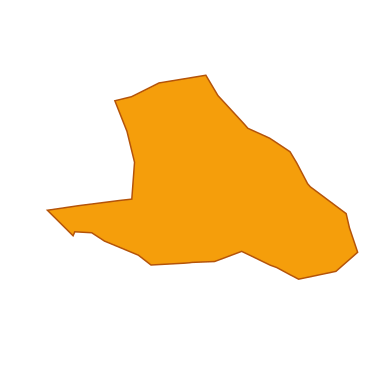 outline of Saintsagaan, Dundgovi, Mongolia, rotated 165°
{"feature_id": "93677404B78970568694360", "entity_name": "Saintsagaan", "entity_type": "district", "adm_level": 2, "iso_a3": "MNG", "parent_name": "Mongolia", "parent_adm1": "Dundgovi", "projection": "natural_earth1", "projection_center": [106.311, 45.756], "detail": "fine", "context": "isolated", "style": "filled", "palette": "amber", "viewbox_px": 384, "rotation_deg": 165, "n_neighbors": 0, "source": "geoboundaries", "source_scale": "gbopen_adm2", "svg_char_len": 625}
<svg xmlns="http://www.w3.org/2000/svg" viewBox="0 0 384 384"><g transform="rotate(165 192 192)"><path d="M48.7,131.2L76.4,166.4L78.2,170.1L83.3,192.8L86.9,205.5L103.1,223.9L121.6,239.1L123.9,243.9L142.0,278.4L148.4,301.2L195.6,305.9L225.8,299.7L242.9,300.1L239.1,267.3L239.8,235.6L252.0,200.7L264.4,202.6L304.7,208.1L336.4,211.8L318.2,180.5L315.5,183.9L299.4,178.6L289.2,167.2L260.2,144.9L250.5,132.1L217.7,125.2L212.7,124.3L210.2,124.0L188.2,119.0L159.4,121.8L154.0,117.2L135.3,101.0L129.8,97.2L118.7,86.7L111.6,80.2L73.5,78.1L47.6,90.9L49.2,116.6L48.7,131.2Z" fill="#f59e0b" stroke="#b45309" stroke-width="1.5"/></g></svg>